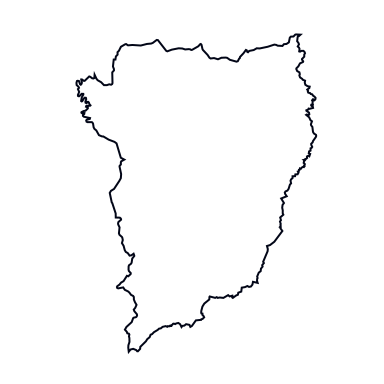 EA Hleo, Đắk Lắk, Vietnam (Mercator projection), rotated 93°
{"feature_id": "81297802B9030212335391", "entity_name": "EA Hleo", "entity_type": "district", "adm_level": 2, "iso_a3": "VNM", "parent_name": "Vietnam", "parent_adm1": "Đắk Lắk", "projection": "mercator", "projection_center": [108.186, 13.232], "detail": "fine", "context": "isolated", "style": "outline", "palette": "ink", "viewbox_px": 384, "rotation_deg": 93, "n_neighbors": 0, "source": "geoboundaries", "source_scale": "gbopen_adm2", "svg_char_len": 5853}
<svg xmlns="http://www.w3.org/2000/svg" viewBox="0 0 384 384"><g transform="rotate(93 192 192)"><path d="M258.0,117.3L247.2,113.4L245.0,113.3L242.0,114.3L240.9,111.3L237.4,107.2L226.2,99.7L223.6,101.8L222.8,101.6L222.4,102.4L221.3,101.6L220.2,102.0L219.3,101.7L216.9,102.6L215.5,101.7L212.8,102.6L209.9,99.6L208.5,100.3L205.7,100.4L203.0,101.1L200.2,100.9L198.2,99.6L193.8,102.6L191.3,97.2L189.0,98.9L187.6,99.3L186.5,98.6L185.6,96.8L183.8,95.7L179.5,94.6L178.2,93.5L175.6,94.2L174.2,93.7L172.8,92.3L171.0,92.4L170.8,89.9L169.0,89.7L168.8,87.5L167.2,86.7L166.1,87.3L165.9,86.5L164.4,86.4L164.3,85.8L162.8,85.5L163.1,84.5L161.9,83.7L161.1,82.5L161.3,81.6L160.3,80.9L159.6,81.4L158.7,80.8L158.0,80.9L157.1,82.0L155.2,81.7L154.7,81.1L154.1,82.0L153.9,81.3L153.2,80.7L152.9,79.7L152.0,78.8L150.8,79.1L150.2,78.8L149.7,77.5L150.2,76.7L147.8,76.0L147.3,77.4L145.3,77.2L144.5,75.8L142.2,75.9L141.7,74.9L140.7,74.3L138.6,75.4L137.6,75.5L136.1,74.1L134.9,73.9L130.6,71.2L129.5,70.9L128.4,71.2L127.2,73.3L125.7,74.3L120.7,75.2L119.2,76.5L118.1,76.8L115.1,75.9L114.1,77.4L111.3,78.9L109.0,82.0L108.6,81.4L109.2,79.7L108.3,78.9L106.6,79.3L104.9,82.0L104.4,82.1L103.5,80.2L102.6,79.9L102.8,79.0L101.7,75.5L100.2,75.9L99.8,77.1L99.0,77.6L98.6,77.4L98.8,76.1L98.5,75.8L97.1,76.3L95.4,76.2L94.2,76.9L93.0,76.0L93.2,75.5L94.1,75.0L94.1,74.6L93.1,73.7L91.6,73.5L90.3,74.7L89.5,76.1L88.2,77.0L87.9,78.6L87.1,79.1L86.7,81.1L85.7,81.6L84.9,81.4L83.7,82.3L82.1,80.3L80.6,80.0L80.3,82.1L79.0,84.4L76.9,85.1L74.9,84.9L74.1,87.3L73.3,87.8L71.9,90.1L69.9,90.9L68.7,90.5L66.9,91.0L65.7,93.3L63.7,94.3L63.0,94.2L61.0,92.4L57.9,90.9L56.4,88.0L55.7,87.8L54.0,89.1L53.4,89.1L51.0,87.0L48.9,87.1L47.5,86.4L46.2,87.0L45.2,88.1L45.3,90.0L46.2,91.5L46.0,92.3L43.5,92.1L42.2,92.7L41.2,94.0L38.9,92.9L37.4,93.6L35.9,94.9L31.7,94.6L31.0,94.3L30.8,93.5L29.2,91.9L29.2,96.4L29.5,97.2L31.4,98.8L31.7,101.5L32.8,102.4L37.5,103.1L39.2,105.4L39.6,108.0L41.4,109.3L41.4,114.1L40.7,115.6L40.5,117.5L43.0,124.0L45.1,131.9L45.1,134.9L47.0,137.8L48.1,142.2L49.5,143.4L49.2,144.1L47.6,144.8L47.3,145.6L50.7,147.8L54.6,151.1L55.9,151.3L56.3,151.9L59.0,153.1L59.5,154.4L58.0,161.1L56.2,163.9L56.0,165.3L56.4,169.6L58.1,173.0L57.1,177.0L57.7,180.4L57.0,181.6L54.3,183.6L49.6,188.5L48.8,189.0L44.5,190.2L43.7,191.0L43.9,191.5L46.2,193.4L50.0,199.3L50.2,200.2L49.6,201.3L49.5,202.8L50.0,206.3L49.2,209.2L49.2,212.9L50.9,219.6L52.8,224.0L52.4,225.1L42.1,234.0L42.0,235.2L45.2,239.0L45.9,240.6L46.5,244.7L48.4,250.8L48.3,259.2L48.9,263.6L47.7,265.6L48.0,266.5L50.7,270.6L54.7,272.3L56.3,273.7L58.7,273.5L60.6,275.1L63.7,275.4L63.8,277.1L70.8,277.5L73.3,276.4L74.7,276.3L76.7,277.9L87.4,277.1L88.4,277.4L89.1,278.4L88.8,280.3L89.7,282.5L89.9,285.5L87.1,288.5L85.3,292.1L83.8,293.4L80.0,295.4L83.3,295.5L83.8,296.3L83.7,297.6L82.3,299.6L82.0,300.7L86.6,305.0L86.7,305.7L85.3,307.9L85.4,308.5L88.4,307.7L89.7,307.9L90.7,308.7L90.3,309.4L87.1,310.7L86.9,312.0L87.2,312.7L89.1,313.1L91.2,312.8L92.9,310.8L93.9,310.3L95.2,311.3L98.0,309.9L101.0,311.0L102.0,310.9L102.3,310.4L102.2,309.5L99.7,307.3L99.7,305.7L100.4,305.6L103.2,307.0L106.9,307.5L107.3,307.0L107.1,306.4L103.8,304.5L103.4,304.0L103.5,302.9L104.8,302.5L107.4,303.2L108.4,303.0L108.9,301.9L107.5,301.3L107.4,300.4L108.0,299.7L109.9,298.9L110.8,297.9L111.1,298.1L111.7,302.1L112.4,302.3L113.0,300.5L114.0,300.4L116.4,302.6L116.8,304.4L118.0,306.5L118.6,306.6L119.1,306.0L118.8,303.6L119.8,303.7L120.8,304.9L121.7,304.9L122.5,303.9L123.5,297.7L124.4,297.9L125.4,301.0L126.1,301.4L127.3,301.0L127.7,300.1L127.5,295.6L128.0,295.0L128.9,294.4L132.6,293.6L134.1,292.7L135.5,290.8L140.1,287.9L141.2,284.8L141.2,283.4L144.1,277.9L146.0,272.0L147.4,269.9L161.5,264.9L163.2,261.3L165.1,264.3L165.9,264.6L168.3,264.5L169.6,265.6L170.4,265.7L177.8,263.7L181.9,263.8L184.8,265.2L193.0,270.0L195.1,273.0L197.2,274.1L206.6,271.6L207.3,271.0L217.4,267.1L221.5,266.8L221.4,262.8L222.1,261.8L222.8,261.4L223.4,261.4L225.8,263.9L227.1,264.2L228.3,264.0L231.1,262.5L237.1,262.8L238.5,262.2L240.6,259.6L241.3,259.2L243.6,258.6L246.7,259.3L249.3,257.5L253.6,256.1L255.3,255.0L256.4,252.9L258.8,251.0L258.4,249.2L256.7,247.1L258.3,246.4L258.9,246.3L261.6,248.2L265.8,248.6L266.9,249.2L268.5,251.1L269.6,251.4L272.9,251.3L274.2,250.9L276.2,248.9L277.2,249.0L279.5,251.2L279.1,252.6L284.6,255.7L286.2,258.1L288.3,259.6L290.0,261.7L290.8,262.0L291.7,261.7L292.1,260.7L290.9,255.7L293.2,254.0L294.7,250.5L295.8,249.2L297.9,247.5L298.9,245.3L299.9,244.6L302.5,244.4L305.0,243.2L307.6,241.5L310.6,242.6L312.5,244.0L314.1,243.3L317.0,240.6L318.2,240.4L319.3,240.8L319.9,241.4L320.6,243.7L321.1,244.2L325.1,245.4L330.2,250.4L333.0,251.8L335.0,249.8L336.5,249.2L336.8,247.6L337.6,247.1L339.6,247.4L341.0,246.9L345.0,246.6L348.4,247.5L350.8,247.5L354.8,246.8L352.5,245.1L351.7,242.5L352.8,239.4L353.9,238.4L353.9,237.7L351.4,235.6L349.3,235.5L343.5,230.2L341.3,229.0L339.2,226.7L336.7,225.9L336.0,224.4L334.0,222.7L331.5,219.0L330.2,217.8L329.8,216.0L328.2,214.3L327.3,211.2L327.9,209.7L327.2,209.1L327.4,207.9L326.6,206.9L327.0,206.4L326.9,205.6L326.0,205.4L325.7,204.8L324.6,204.0L324.4,203.2L324.8,201.9L324.1,200.9L323.5,198.8L324.7,196.9L327.4,195.4L326.2,194.6L325.8,192.6L324.3,191.0L324.8,187.6L326.8,186.6L325.8,185.1L320.0,181.4L319.2,176.2L318.6,176.0L318.2,174.8L316.5,173.3L315.1,174.1L314.3,175.1L312.9,175.2L312.8,176.2L312.2,176.5L310.3,176.5L305.9,175.6L302.8,173.9L298.4,169.1L295.9,169.1L295.4,168.8L296.5,163.3L295.7,161.8L296.4,160.8L295.9,158.8L296.1,155.1L293.1,150.5L294.3,149.0L293.4,146.2L294.0,146.0L295.2,146.3L295.6,145.7L293.0,142.5L292.2,140.8L290.1,140.5L288.9,137.6L284.9,137.3L284.2,134.1L283.0,131.8L283.8,130.1L283.3,128.2L281.3,126.8L278.5,126.4L279.3,121.7L277.4,122.4L275.3,122.4L274.5,122.0L273.0,122.5L269.0,121.1L267.5,119.3L264.9,119.1L262.8,117.6L261.4,118.1L259.2,116.5L258.0,117.3Z" fill="none" stroke="#020617" stroke-width="2"/></g></svg>